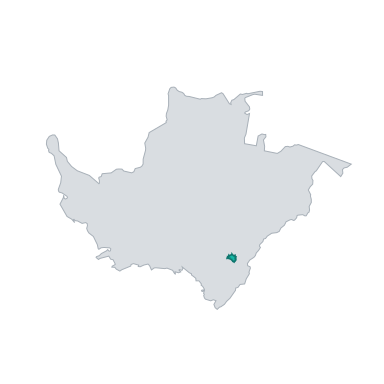 location of San José Del Fragua, Caquetá, Colombia, rotated 280°
{"feature_id": "7082276B10460666438069", "entity_name": "San José Del Fragua", "entity_type": "district", "adm_level": 2, "iso_a3": "COL", "parent_name": "Colombia", "parent_adm1": "Caquetá", "projection": "albers", "projection_center": [-76.127, 1.343], "detail": "fine", "context": "in_parent", "style": "filled", "palette": "teal", "viewbox_px": 384, "rotation_deg": 280, "n_neighbors": 0, "source": "geoboundaries", "source_scale": "gbopen_adm2", "svg_char_len": 5650}
<svg xmlns="http://www.w3.org/2000/svg" viewBox="0 0 384 384"><g transform="rotate(280 192 192)"><path d="M221.0,50.3L217.1,51.9L209.5,53.9L204.2,62.4L200.6,63.9L196.2,69.0L193.0,75.3L190.5,88.0L184.0,98.9L184.6,99.3L187.2,98.8L189.6,97.7L190.5,98.0L191.4,99.9L194.4,100.4L196.8,109.1L201.3,113.6L201.8,115.3L202.4,119.0L200.8,121.2L200.4,129.2L201.8,131.2L205.2,132.0L207.5,137.0L208.9,138.2L211.0,139.0L215.9,138.2L224.9,139.0L227.0,138.8L232.0,137.0L238.4,139.2L243.1,139.5L255.9,154.6L257.2,154.1L258.8,155.0L262.1,153.4L264.9,153.2L268.5,153.9L273.3,153.9L283.0,152.2L284.5,151.4L289.8,152.2L291.4,153.3L292.2,156.1L291.6,157.9L289.7,159.7L288.7,161.9L288.5,164.7L287.6,166.7L285.9,168.1L285.3,170.0L285.6,172.5L284.8,184.0L285.6,184.9L286.2,189.6L288.4,195.7L289.5,197.4L291.4,198.9L294.9,203.9L294.1,205.6L285.4,213.5L285.0,215.3L286.6,214.6L289.3,215.3L290.3,217.2L296.9,222.6L296.8,224.7L298.7,228.8L298.4,229.8L303.0,241.5L303.2,244.0L299.4,244.7L299.2,236.8L298.6,235.2L294.3,228.2L293.4,227.7L290.6,228.5L285.9,233.7L283.7,234.5L281.9,233.8L280.1,230.7L278.9,230.1L277.8,232.7L279.3,235.0L258.4,235.1L254.3,234.2L248.7,235.4L248.7,247.3L258.6,247.4L261.3,250.8L261.1,253.6L261.5,254.6L259.2,255.2L255.7,253.3L249.6,255.6L245.1,256.1L244.8,269.3L247.6,272.5L252.9,276.0L253.6,278.4L253.3,280.6L254.6,283.4L256.3,284.9L256.3,286.6L257.2,288.5L247.1,344.0L243.4,340.6L242.1,337.6L240.2,336.3L236.7,337.3L233.0,335.8L245.0,316.9L244.6,315.3L234.4,310.7L233.4,309.6L228.5,307.1L225.9,307.8L224.4,309.1L220.7,309.5L217.7,307.5L214.2,306.2L209.9,309.4L208.6,309.3L205.6,310.7L202.4,311.3L198.1,309.9L194.7,310.9L192.4,310.7L191.5,309.7L188.4,308.6L188.1,307.3L188.9,305.0L187.6,300.4L187.1,299.6L184.8,299.5L182.1,297.9L181.6,296.9L182.2,295.0L181.7,293.5L179.0,289.8L175.4,288.8L171.9,285.8L168.3,284.7L166.7,282.5L165.2,277.6L161.6,273.8L159.0,272.5L158.1,270.7L155.5,270.4L152.0,267.9L150.4,267.8L149.3,269.0L146.0,267.7L143.2,265.9L140.3,265.4L138.4,264.3L135.0,260.7L131.2,259.0L129.1,259.6L128.4,262.2L127.1,262.7L122.8,262.0L122.1,262.6L121.0,262.5L115.8,260.5L110.6,259.8L109.3,255.4L106.0,253.8L105.0,251.7L102.7,251.9L93.9,247.8L90.2,245.0L87.1,243.5L83.9,240.3L83.4,239.1L80.8,237.2L82.1,234.9L85.1,233.1L89.1,234.5L89.6,231.8L88.1,229.3L88.8,223.8L89.9,222.6L92.0,221.5L93.4,221.9L94.2,221.0L97.4,221.4L98.4,221.1L100.9,218.9L101.9,217.1L103.0,217.3L105.7,214.3L105.2,211.4L107.7,210.7L110.3,205.8L111.4,205.7L112.0,203.4L116.5,195.4L114.9,196.3L113.1,195.7L113.4,193.0L112.9,192.7L111.4,194.8L110.1,192.7L110.5,189.2L108.4,189.9L108.5,189.1L111.5,186.5L112.7,180.6L111.8,178.4L111.1,169.5L110.6,167.9L108.2,165.6L112.0,163.1L113.4,161.2L111.7,157.3L109.4,154.0L109.3,152.0L110.7,152.2L111.3,146.7L110.0,144.6L108.4,144.5L103.3,136.4L101.6,134.7L102.9,130.8L104.4,129.1L104.1,126.1L105.1,126.3L107.3,129.0L108.2,128.6L111.6,126.0L111.7,123.6L114.4,121.2L110.6,112.9L109.3,111.6L110.9,108.9L111.7,109.1L113.2,111.7L115.6,113.4L119.2,118.0L120.7,119.0L119.6,120.1L119.4,121.2L119.9,121.8L121.9,121.9L122.7,120.6L122.1,115.0L121.3,112.2L119.4,110.2L120.0,109.4L123.6,108.0L131.1,102.6L133.7,97.6L135.7,95.8L137.9,94.6L140.6,94.9L142.7,94.3L143.4,92.6L142.0,89.2L143.6,84.4L143.5,82.0L144.6,80.5L144.2,80.0L141.5,81.7L144.3,78.3L146.2,73.2L157.1,64.1L164.2,66.3L166.5,66.1L163.5,67.3L163.1,68.6L164.1,70.0L165.2,70.3L166.1,69.5L168.5,64.2L168.8,61.3L169.9,60.3L171.4,59.9L178.3,61.1L184.9,60.7L195.6,53.1L203.7,49.9L205.7,46.8L206.2,44.5L207.7,43.6L209.2,43.6L210.1,42.3L213.8,40.3L217.8,40.0L222.0,41.8L224.0,44.8L224.3,47.0L221.0,50.3ZM97.6,220.5L97.1,220.9L96.1,220.1L95.8,219.2L96.4,218.5L97.1,218.8L97.6,220.5Z" fill="#d9dde1" stroke="#a8b0b8" stroke-width="1"/><path d="M137.9,242.1L137.7,242.1L137.5,241.9L137.4,241.9L137.2,241.8L137.2,241.7L136.9,241.5L136.8,241.4L136.7,241.4L136.5,241.2L136.3,241.1L136.3,240.9L136.2,240.8L136.2,240.7L136.3,240.6L136.2,240.5L136.2,240.4L136.1,240.2L135.9,240.1L136.0,240.0L136.0,239.9L136.1,239.7L135.9,239.4L136.0,239.3L135.9,239.3L135.9,239.2L135.7,239.0L135.4,239.0L135.2,239.1L135.0,239.3L134.9,239.4L134.8,239.5L134.7,239.5L134.4,239.4L134.3,239.2L134.4,238.9L134.4,238.7L134.4,238.4L134.2,238.5L133.9,238.5L133.9,238.4L133.7,238.2L133.4,238.0L133.2,238.0L133.3,238.1L133.3,238.3L133.4,238.5L133.4,238.4L133.4,238.5L133.5,238.7L133.5,238.8L133.4,238.8L133.5,238.9L133.3,239.1L133.2,239.2L133.2,239.3L133.0,239.6L132.9,239.6L132.8,239.8L132.8,240.0L132.8,240.3L133.0,240.5L132.9,240.5L132.7,240.9L132.7,241.0L132.6,241.3L132.6,241.6L132.5,241.8L132.5,242.0L132.5,242.3L132.4,242.3L132.2,242.5L132.3,242.7L132.2,242.7L132.2,242.8L132.3,242.8L132.2,242.8L132.0,243.0L131.9,243.1L131.7,243.2L131.7,243.3L131.6,243.5L131.4,243.7L131.3,243.8L131.2,243.8L131.1,244.0L130.9,244.2L130.8,244.3L130.7,244.3L130.7,244.5L130.8,244.8L130.9,245.1L130.7,245.2L130.7,245.3L130.8,245.3L130.7,245.5L130.8,245.4L130.9,245.5L131.0,245.6L130.9,245.6L131.0,245.7L130.9,245.8L131.0,245.8L131.0,246.0L131.2,246.3L131.3,246.4L131.4,246.5L131.5,246.5L131.8,246.5L132.0,246.6L132.3,246.7L132.5,246.6L132.6,246.8L132.7,246.7L132.8,246.8L133.0,246.7L133.2,246.8L133.2,246.7L133.3,246.6L133.4,246.8L133.5,246.8L133.8,246.9L133.7,246.8L133.7,246.7L134.0,246.7L134.4,246.0L134.5,246.1L134.7,246.3L134.8,246.3L135.0,246.4L135.1,246.5L135.3,246.5L135.5,246.6L135.8,246.7L135.9,246.4L135.8,246.2L135.7,246.2L135.6,245.9L136.3,245.8L137.0,245.4L137.0,245.2L136.9,245.1L137.0,245.1L136.9,245.0L136.9,244.9L136.7,244.8L136.7,244.7L136.6,244.8L136.6,244.7L136.6,244.4L136.4,244.2L136.5,243.9L136.8,243.8L136.9,243.7L136.9,243.3L137.0,243.2L137.1,242.8L137.9,242.1Z" fill="#14b8a6" stroke="#0f766e" stroke-width="1.5"/></g></svg>